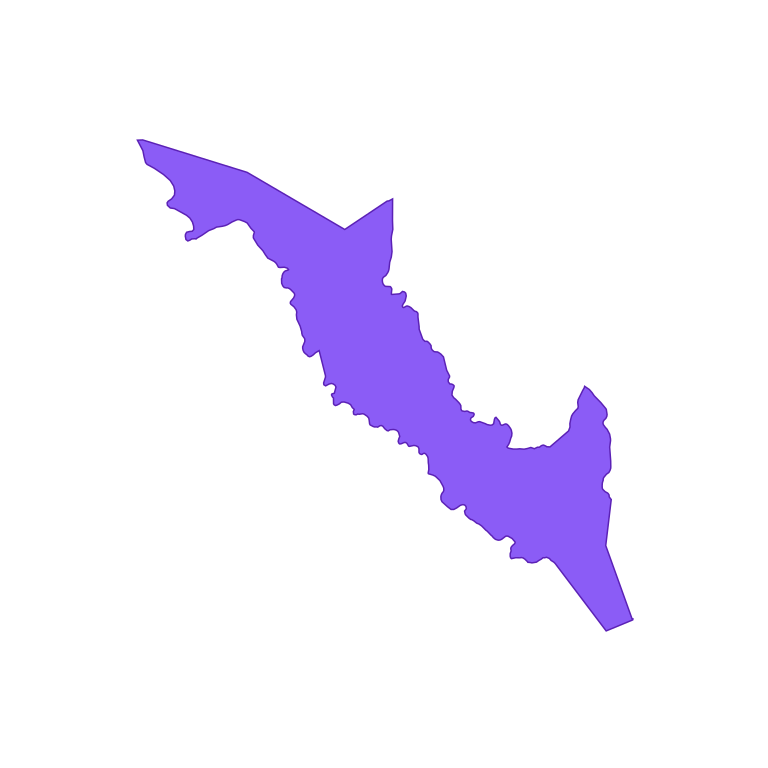 Bois Canot, Praslin, Saint Lucia, rotated 195°
{"feature_id": "8701671B32126440612749", "entity_name": "Bois Canot", "entity_type": "district", "adm_level": 2, "iso_a3": "LCA", "parent_name": "Saint Lucia", "parent_adm1": "Praslin", "projection": "natural_earth1", "projection_center": [-60.931, 13.84], "detail": "fine", "context": "isolated", "style": "filled", "palette": "violet", "viewbox_px": 768, "rotation_deg": 195, "n_neighbors": 0, "source": "geoboundaries", "source_scale": "gbopen_adm2", "svg_char_len": 6144}
<svg xmlns="http://www.w3.org/2000/svg" viewBox="0 0 768 768"><g transform="rotate(195 384 384)"><path d="M184.2,431.8L189.6,433.7L189.6,432.1L190.3,429.5L192.4,419.0L192.1,416.3L190.5,412.3L190.5,410.6L192.1,407.9L193.9,404.0L194.5,401.7L194.5,398.1L194.2,393.9L193.2,390.5L193.6,386.4L207.4,366.2L210.6,365.5L211.5,365.9L214.0,366.3L215.0,365.9L216.1,365.1L217.5,363.2L219.5,362.6L222.0,360.4L225.7,360.7L228.8,358.8L231.8,357.3L236.3,356.5L238.3,355.7L242.3,354.6L247.4,354.2L249.0,355.0L248.0,357.9L247.6,360.4L247.5,364.8L247.2,366.7L247.7,369.6L249.1,372.4L250.3,373.8L253.0,376.0L254.5,376.8L255.9,377.0L256.9,376.5L259.2,374.7L259.8,374.6L260.7,374.9L261.6,375.8L262.2,377.0L263.4,378.2L267.2,380.8L267.9,380.2L268.2,378.6L267.8,374.0L268.9,372.5L269.6,372.1L270.6,371.7L274.0,371.5L275.7,371.9L281.8,372.4L283.2,371.9L285.6,370.1L287.7,369.8L289.7,370.4L290.5,370.9L291.2,371.7L291.3,373.3L291.0,374.0L289.4,375.8L289.1,377.2L289.1,378.1L289.5,378.7L290.0,379.1L292.0,379.0L293.8,378.7L295.5,379.3L296.9,379.4L298.9,378.4L301.5,378.2L302.2,378.5L303.2,379.7L304.2,383.0L305.4,384.3L306.9,385.4L310.9,387.8L313.1,388.8L315.5,390.9L316.1,394.4L316.0,395.8L315.6,398.5L315.7,400.0L316.0,400.6L317.5,401.3L319.0,401.4L320.4,401.1L322.4,402.7L322.7,403.3L323.1,405.1L322.5,407.6L322.7,408.7L327.0,413.5L333.6,425.6L336.8,427.6L339.3,428.5L340.5,428.8L343.0,428.3L344.3,428.3L346.3,429.4L347.0,430.0L347.8,431.2L348.5,433.3L350.1,434.7L352.3,436.0L353.5,436.4L355.5,435.8L357.7,437.0L358.3,437.5L364.2,446.0L365.0,448.7L368.5,457.4L369.3,460.4L369.7,461.2L370.3,461.7L371.5,462.3L373.1,462.3L374.0,462.6L377.7,464.7L379.7,465.3L381.6,465.4L382.6,465.0L384.4,463.2L384.9,462.9L385.8,463.1L386.2,463.6L386.5,464.3L386.3,465.9L385.2,469.3L385.1,470.1L385.3,474.8L386.5,477.3L388.0,478.2L390.1,478.2L391.8,475.6L392.9,474.9L399.7,472.5L400.1,472.7L400.4,473.8L401.0,477.6L401.4,478.3L402.6,479.4L403.2,479.7L407.9,478.7L408.9,479.0L410.6,480.2L411.6,481.6L412.3,483.2L412.6,484.6L412.7,485.5L412.2,487.0L410.3,489.3L409.2,492.6L408.9,494.4L408.9,496.2L410.0,503.1L409.8,508.5L410.5,513.9L414.5,525.7L415.1,529.0L415.5,535.6L418.1,544.1L423.6,565.0L426.7,562.1L428.3,561.5L461.9,523.1L571.0,553.0L680.2,557.3L685.3,555.7L677.3,547.0L674.5,541.3L671.6,536.2L669.7,534.8L661.7,532.9L651.2,529.3L643.1,525.2L638.3,520.7L636.0,516.3L635.3,512.2L637.0,507.9L639.8,504.6L640.4,502.8L639.4,500.5L636.0,498.7L631.8,499.2L618.5,495.9L614.4,494.0L611.0,490.9L608.8,487.3L607.7,484.0L608.8,481.9L611.3,481.0L613.9,479.5L614.5,477.2L614.2,475.4L612.7,472.3L610.5,471.4L608.7,472.7L607.3,474.3L604.2,475.4L603.1,475.4L602.3,476.6L598.4,480.5L593.0,486.8L588.5,490.1L586.4,492.2L581.2,494.4L578.4,495.9L576.3,497.5L572.7,501.2L568.9,504.3L567.7,505.0L566.0,505.3L560.7,504.8L557.8,504.1L552.9,500.0L548.8,497.5L548.5,496.9L548.6,493.6L548.1,491.6L547.8,491.1L541.8,485.4L535.5,481.4L532.1,478.2L528.8,475.5L522.0,474.0L520.2,473.2L518.6,472.0L516.2,469.5L514.6,469.6L510.5,471.0L507.6,470.9L506.6,470.4L505.8,469.7L506.5,469.0L508.7,467.6L509.5,466.5L510.2,464.6L510.4,462.4L510.0,460.0L510.2,459.1L508.9,454.8L507.2,452.6L505.4,451.4L503.4,451.5L502.0,451.9L500.1,451.7L498.5,451.0L495.1,449.0L494.2,448.4L493.6,447.6L493.2,446.0L493.6,443.7L495.6,439.4L495.5,437.9L494.6,436.9L491.0,435.3L488.1,433.0L486.9,430.9L486.5,428.1L484.9,424.0L480.0,418.2L477.0,413.2L476.5,411.7L475.5,409.9L472.4,407.3L472.0,406.5L471.5,404.5L472.2,398.9L471.7,397.2L470.8,395.5L469.4,393.9L467.8,393.0L465.9,392.2L464.4,391.2L462.8,391.1L461.5,392.0L459.9,393.8L458.3,396.4L455.3,399.5L442.7,376.9L442.3,375.5L442.6,369.4L441.9,367.7L439.9,367.1L437.1,369.7L435.0,370.9L433.1,370.9L430.9,370.1L429.6,368.6L429.6,362.2L431.7,361.0L431.9,359.9L430.6,358.3L429.2,357.4L427.6,351.8L426.9,351.1L425.4,350.6L424.0,351.4L421.9,353.3L420.5,355.4L417.9,356.3L413.6,356.2L410.9,355.4L408.5,353.0L406.2,351.8L406.5,349.4L405.6,347.2L405.1,346.9L403.9,346.8L402.8,347.1L401.8,348.1L400.0,348.4L396.8,349.8L395.3,349.7L391.9,348.5L389.9,347.1L389.0,345.3L387.6,341.8L386.8,340.9L383.3,340.1L381.8,340.1L380.4,340.6L378.9,340.7L377.2,342.6L375.8,343.2L374.2,342.9L371.7,341.0L369.1,339.8L367.8,339.8L366.4,341.3L363.2,342.5L361.5,342.7L359.8,342.5L358.5,341.9L357.4,341.0L355.2,337.4L355.5,335.0L355.5,332.4L354.6,330.9L353.6,330.2L353.1,330.2L351.8,330.8L349.4,332.7L347.9,333.1L346.6,332.7L344.2,330.4L343.4,330.3L339.2,332.4L337.1,332.6L335.1,332.2L334.4,331.7L333.5,330.6L332.5,327.0L331.6,326.0L329.8,325.6L329.0,325.9L328.2,326.9L327.3,327.5L326.5,327.5L325.2,327.0L323.0,325.1L322.1,323.5L320.8,319.3L319.9,317.3L318.6,313.0L318.3,309.4L317.8,308.8L313.2,308.7L310.6,308.2L309.0,307.4L305.0,305.2L300.5,300.5L299.4,299.0L298.7,296.7L298.8,295.5L299.7,293.4L300.0,291.4L299.9,289.9L299.0,287.1L297.5,285.3L290.9,281.9L286.8,280.2L284.1,280.9L281.7,283.1L279.0,286.4L277.6,287.4L276.5,287.9L274.8,288.0L273.2,287.0L272.5,285.6L272.3,285.2L272.4,284.2L273.3,282.1L272.2,279.9L271.6,279.0L270.6,278.3L267.0,276.3L265.1,275.6L264.0,275.7L261.6,275.0L258.5,273.6L256.0,273.3L253.0,272.2L247.7,269.1L246.5,268.7L241.2,265.5L240.0,265.0L238.8,264.0L236.2,262.8L233.3,262.7L231.6,263.3L230.1,264.5L227.2,268.3L226.4,268.8L224.8,269.1L220.2,267.9L216.6,265.4L216.3,264.8L216.5,263.5L218.1,261.2L219.0,259.1L218.9,257.7L218.0,255.7L218.2,252.9L217.5,250.2L216.7,248.9L215.7,248.3L211.8,250.3L207.7,251.3L206.5,251.9L204.7,252.0L202.6,251.3L199.4,249.5L198.9,249.0L196.7,249.4L194.8,249.5L190.6,251.4L188.6,253.8L186.8,255.5L185.4,257.4L183.9,257.7L182.1,258.7L179.1,258.3L176.9,256.8L173.9,255.9L172.3,255.0L105.5,203.0L82.7,220.5L82.7,221.5L83.7,221.5L128.0,285.3L134.6,331.2L137.2,333.2L137.9,335.1L139.0,336.1L139.9,336.6L142.5,337.2L145.5,338.9L146.3,340.1L147.0,342.4L147.5,345.0L147.4,348.0L147.7,349.0L147.6,350.4L145.8,354.4L143.9,356.7L143.3,359.1L143.2,361.3L143.5,362.7L145.1,368.3L149.7,381.5L150.5,387.9L151.0,389.6L153.1,394.0L156.8,398.0L159.0,399.4L161.5,401.4L162.4,402.9L162.5,404.1L162.4,405.1L162.1,406.0L160.8,408.2L160.4,410.4L160.6,412.2L162.7,417.0L163.3,417.6L169.8,422.2L177.9,427.0L180.8,429.5L184.2,431.8Z" fill="#8b5cf6" stroke="#5b21b6" stroke-width="1.5"/></g></svg>